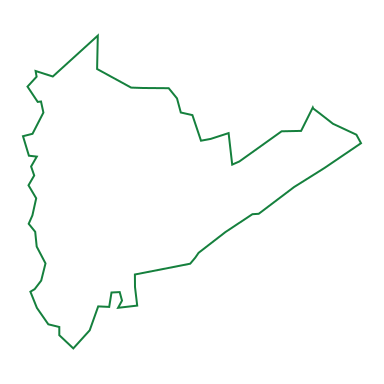 the district of Sumter, South Carolina, United States of America
{"feature_id": "52423323B67044193776379", "entity_name": "Sumter", "entity_type": "district", "adm_level": 2, "iso_a3": "USA", "parent_name": "United States of America", "parent_adm1": "South Carolina", "projection": "equal_earth", "projection_center": [-80.399, 33.906], "detail": "fine", "context": "isolated", "style": "outline", "palette": "green", "viewbox_px": 384, "rotation_deg": 0, "n_neighbors": 0, "source": "geoboundaries", "source_scale": "gbopen_adm2", "svg_char_len": 899}
<svg xmlns="http://www.w3.org/2000/svg" viewBox="0 0 384 384"><path d="M36.6,76.7L27.5,86.6L37.7,101.9L41.0,101.5L43.4,112.6L32.5,133.8L23.0,136.2L28.9,155.7L36.8,156.6L31.1,166.5L34.2,175.5L28.5,185.3L36.2,198.3L32.4,215.4L28.7,223.8L35.2,231.8L36.7,246.6L45.5,263.4L41.2,280.6L34.7,289.1L30.4,291.7L36.9,307.9L48.3,324.3L59.3,327.0L59.3,335.2L73.3,348.4L89.7,330.3L98.2,306.4L109.2,306.9L111.5,292.5L119.7,292.1L122.0,300.6L118.1,307.8L137.2,305.6L135.0,287.0L134.9,274.5L190.2,263.7L195.3,257.6L198.6,252.8L225.5,232.0L252.4,214.2L258.7,213.8L294.0,187.1L324.6,167.9L361.0,143.2L356.4,134.7L333.0,123.8L319.7,113.4L313.2,108.5L312.8,107.5L301.1,130.9L281.6,131.3L239.3,161.5L232.2,164.6L228.6,133.1L210.7,138.9L201.0,140.7L192.4,115.1L180.8,112.5L177.0,98.4L168.7,88.2L143.2,88.0L131.1,87.6L97.1,69.0L97.8,35.6L52.8,76.5L35.6,71.0L36.6,76.7Z" fill="none" stroke="#15803d" stroke-width="2"/></svg>